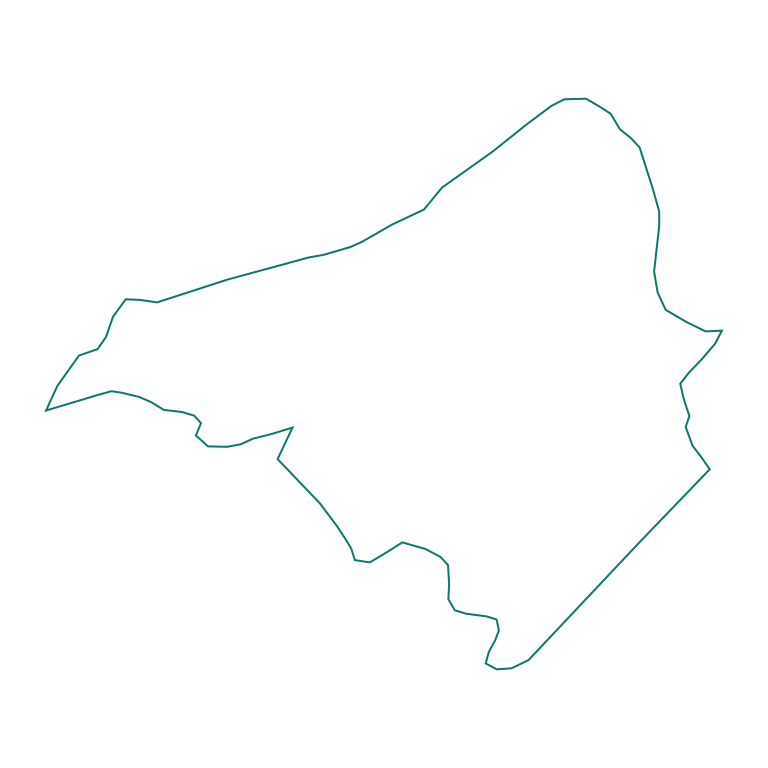 outline of Várzea, Paraíba, Brazil
{"feature_id": "56859067B31592745893521", "entity_name": "Várzea", "entity_type": "district", "adm_level": 2, "iso_a3": "BRA", "parent_name": "Brazil", "parent_adm1": "Paraíba", "projection": "mercator", "projection_center": [-37.04, -6.791], "detail": "fine", "context": "isolated", "style": "outline", "palette": "teal", "viewbox_px": 768, "rotation_deg": 0, "n_neighbors": 0, "source": "geoboundaries", "source_scale": "gbopen_adm2", "svg_char_len": 1212}
<svg xmlns="http://www.w3.org/2000/svg" viewBox="0 0 768 768"><path d="M442.0,187.6L424.0,209.5L392.2,224.5L362.4,241.6L350.4,247.0L323.3,254.9L308.2,257.6L227.7,279.5L157.0,302.4L140.0,299.9L125.7,299.3L112.9,317.0L106.1,336.8L97.6,349.1L79.0,355.5L57.3,386.0L46.1,410.5L98.0,394.9L111.5,391.2L122.0,392.8L139.4,397.0L151.6,402.4L163.8,409.9L182.0,412.0L194.2,415.7L201.0,423.2L195.9,435.5L208.1,446.4L227.1,446.8L240.7,444.3L252.9,438.7L271.2,434.1L292.5,427.6L277.6,459.1L320.0,503.5L336.9,526.0L346.0,539.9L351.2,548.5L354.9,560.1L369.8,562.4L387.8,551.6L402.3,542.4L425.7,549.1L440.6,557.0L448.0,565.1L449.1,583.7L448.4,599.3L454.9,610.3L466.0,613.7L486.7,616.4L496.6,619.5L498.9,630.3L495.2,640.3L488.8,652.0L485.7,663.5L496.8,669.3L511.5,668.3L528.5,660.1L639.2,542.6L679.5,500.7L709.7,469.3L701.2,457.0L692.5,445.7L685.7,427.0L689.4,416.0L686.3,406.8L683.2,397.0L680.3,383.7L689.0,372.6L701.9,359.1L715.1,343.7L721.9,330.7L705.6,331.4L686.8,322.2L665.7,309.9L657.6,292.4L654.1,271.6L659.2,226.0L659.2,211.6L652.8,188.7L639.6,147.4L630.7,137.9L619.9,129.3L610.8,113.9L599.9,106.8L586.0,98.7L564.3,99.3L551.5,105.8L526.0,124.9L493.1,151.2L442.0,187.6Z" fill="none" stroke="#0f766e" stroke-width="2"/></svg>